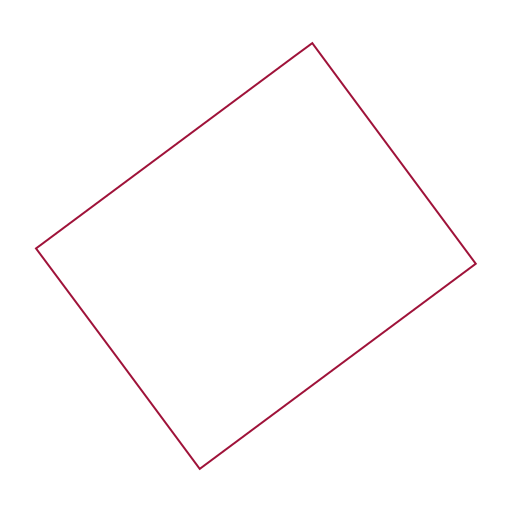 Dade, Missouri, United States of America (Albers equal-area conic projection), rotated 142°
{"feature_id": "52423323B68885039178612", "entity_name": "Dade", "entity_type": "district", "adm_level": 2, "iso_a3": "USA", "parent_name": "United States of America", "parent_adm1": "Missouri", "projection": "albers", "projection_center": [-93.847, 37.432], "detail": "fine", "context": "isolated", "style": "outline", "palette": "rose", "viewbox_px": 512, "rotation_deg": 142, "n_neighbors": 0, "source": "geoboundaries", "source_scale": "gbopen_adm2", "svg_char_len": 259}
<svg xmlns="http://www.w3.org/2000/svg" viewBox="0 0 512 512"><g transform="rotate(142 256 256)"><path d="M427.9,260.1L431.4,122.9L87.6,114.6L82.1,333.9L80.6,389.1L104.3,389.8L424.7,397.4L427.9,260.1Z" fill="none" stroke="#9f1239" stroke-width="2"/></g></svg>